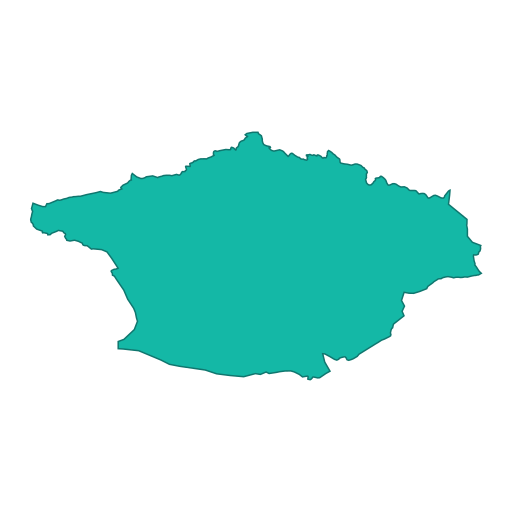 Vidra, Alba, Romania
{"feature_id": "2599482B12532638103294", "entity_name": "Vidra", "entity_type": "district", "adm_level": 2, "iso_a3": "ROU", "parent_name": "Romania", "parent_adm1": "Alba", "projection": "robinson", "projection_center": [22.929, 46.365], "detail": "fine", "context": "isolated", "style": "filled", "palette": "teal", "viewbox_px": 512, "rotation_deg": 0, "n_neighbors": 0, "source": "geoboundaries", "source_scale": "gbopen_adm2", "svg_char_len": 6064}
<svg xmlns="http://www.w3.org/2000/svg" viewBox="0 0 512 512"><path d="M269.1,373.5L276.3,372.4L279.6,371.7L284.9,371.0L290.8,370.9L294.2,371.9L299.3,374.4L302.5,376.9L306.6,376.2L307.3,376.1L307.9,376.3L308.2,376.9L307.9,378.1L307.9,379.2L310.2,379.7L311.2,379.1L312.2,378.0L312.7,377.2L313.4,377.0L314.6,377.2L317.7,377.9L319.7,377.7L326.0,373.4L330.0,371.2L324.7,362.0L322.7,353.7L324.8,353.9L329.9,356.6L334.4,359.3L336.8,360.1L338.8,359.2L339.3,358.3L341.3,357.5L344.4,356.8L345.2,356.9L346.1,357.8L346.5,358.8L347.1,359.8L348.7,360.3L351.1,359.6L353.3,358.7L357.2,356.4L359.0,354.2L375.2,344.1L378.1,342.4L381.5,340.2L384.6,339.0L389.6,336.5L390.6,335.8L390.9,334.4L390.4,333.0L391.0,330.2L391.8,328.3L392.5,328.0L392.7,327.5L393.2,325.0L393.6,324.0L404.0,315.8L402.1,311.3L404.5,306.1L401.5,300.5L404.1,292.3L409.1,293.2L413.7,293.3L419.6,291.5L426.7,288.7L427.8,286.4L432.9,282.7L433.9,281.7L438.5,278.8L441.1,278.7L442.7,277.7L445.8,276.9L448.0,276.6L451.6,277.2L453.5,277.8L454.6,277.6L455.6,277.3L458.2,277.2L460.5,277.5L462.4,277.4L464.8,276.9L467.5,277.1L471.6,276.0L474.3,275.5L476.0,275.4L476.9,275.1L478.6,274.9L481.3,273.3L479.3,271.4L477.9,269.4L476.6,267.3L475.6,265.9L474.9,265.2L475.0,263.6L474.1,260.9L473.4,256.2L473.6,254.9L475.9,255.0L476.8,254.8L478.3,254.1L478.5,253.4L478.7,252.2L479.9,251.1L480.4,249.6L480.6,248.6L480.4,246.4L480.8,245.5L472.4,242.3L467.4,236.3L467.4,229.1L466.6,224.9L466.9,224.2L467.0,219.4L448.5,204.3L449.6,195.2L450.0,190.2L449.5,190.4L448.4,191.2L445.3,195.1L444.7,195.9L444.3,197.3L443.6,198.0L442.4,198.1L440.9,197.8L437.4,196.0L435.5,195.3L435.0,195.3L433.7,195.5L429.7,197.9L428.6,198.1L427.9,197.8L425.8,194.7L424.3,193.6L422.9,193.4L420.9,193.5L419.6,193.9L418.9,193.9L418.3,193.3L416.1,190.9L415.4,190.6L414.6,190.5L410.3,190.5L409.4,190.3L407.1,188.0L404.4,186.8L400.9,187.0L398.5,185.9L396.1,184.2L394.5,183.7L392.8,183.7L391.8,184.1L390.2,184.9L388.8,185.2L387.9,184.8L386.7,182.8L386.4,181.8L385.8,180.3L384.9,179.1L383.3,177.6L382.2,176.9L381.8,176.5L380.9,176.2L380.1,176.6L379.7,177.5L378.1,177.9L376.0,178.1L375.3,178.7L375.6,179.7L375.4,180.1L375.0,180.7L373.9,181.6L373.4,182.4L373.1,183.0L372.0,183.9L371.6,184.6L370.3,185.0L369.4,185.0L368.5,184.8L367.7,184.2L366.7,183.2L366.4,182.4L365.6,179.5L365.7,178.9L366.1,178.5L366.5,177.4L366.3,176.3L366.4,175.9L366.4,173.8L367.1,172.9L367.3,172.4L366.8,170.7L364.7,168.9L364.2,167.9L363.7,167.8L362.7,167.2L361.0,165.5L357.3,164.1L355.6,164.0L354.8,164.1L352.5,164.9L351.2,165.2L347.7,164.3L344.3,163.9L340.8,163.1L340.1,162.3L339.8,159.6L339.5,159.0L336.7,157.0L334.8,154.9L333.3,154.0L331.8,152.5L330.4,151.5L328.6,150.5L327.5,151.7L327.4,152.8L327.2,153.7L327.3,155.0L327.1,155.4L326.7,155.8L326.7,156.6L326.0,157.8L325.3,157.8L324.0,157.5L323.7,157.9L323.0,158.1L322.4,157.9L320.9,156.3L318.8,155.2L317.9,154.9L317.2,155.1L316.9,155.9L316.5,155.9L313.9,154.8L313.3,155.0L313.0,155.4L311.6,155.2L310.1,154.5L309.6,154.5L308.8,154.8L306.7,154.9L306.4,155.1L306.5,155.9L307.8,156.4L307.5,156.8L307.2,157.8L307.2,158.5L307.6,159.1L306.7,160.2L304.2,159.6L303.5,159.1L301.8,159.2L300.6,158.7L299.4,157.5L298.8,157.3L298.1,157.3L297.1,156.8L296.8,156.5L294.9,155.4L292.4,153.4L291.7,153.3L291.2,153.3L290.1,154.1L288.8,155.8L288.1,156.4L284.7,153.0L283.5,151.6L282.4,150.9L279.7,149.8L273.9,151.1L271.5,150.4L270.3,149.4L269.1,148.0L270.4,147.5L270.0,146.6L266.7,145.9L264.3,144.9L263.6,144.3L262.8,142.8L262.3,140.8L262.3,139.1L261.4,135.8L260.1,134.8L258.5,133.7L258.0,132.3L252.7,132.3L246.8,133.5L245.2,134.8L246.1,135.6L247.5,136.4L247.3,136.7L245.3,138.1L244.2,139.9L243.2,140.5L241.3,141.1L240.5,141.6L240.1,142.0L239.3,142.9L238.5,145.6L238.5,146.0L238.1,146.6L236.4,148.0L236.2,148.6L236.1,149.6L235.8,150.0L235.2,149.7L233.8,148.1L232.4,147.5L231.4,147.3L231.2,147.5L230.8,148.4L230.7,149.3L230.5,149.6L230.2,149.7L228.6,149.7L225.8,149.5L219.6,150.7L218.3,151.1L216.8,151.4L216.2,151.0L215.1,150.8L214.0,151.4L213.7,151.8L213.5,152.4L213.4,154.2L213.9,155.0L214.1,155.3L213.6,155.7L212.5,156.1L211.5,156.8L208.1,158.0L206.8,158.8L206.0,159.0L205.5,158.8L200.6,158.9L198.2,159.5L195.6,161.0L195.3,160.9L194.5,160.9L193.6,161.5L193.5,162.0L193.1,162.3L192.2,162.6L192.0,162.9L190.3,163.3L189.8,163.7L190.0,164.8L190.2,165.6L190.1,166.4L185.9,166.2L185.6,166.7L186.5,169.4L186.4,170.0L185.8,170.5L185.3,170.8L185.0,171.5L183.4,171.7L182.4,171.6L181.8,172.2L181.4,172.8L181.5,173.2L180.0,174.8L179.2,175.2L176.5,174.4L171.8,175.7L169.7,175.3L166.1,175.3L163.3,175.6L162.1,176.2L161.0,176.4L158.5,177.1L157.8,177.6L152.7,175.9L146.2,176.8L145.5,177.4L144.4,177.9L142.9,178.4L141.6,178.5L140.5,178.4L136.7,176.9L132.3,173.5L131.4,175.3L131.1,179.0L131.3,180.0L130.6,180.1L129.0,181.3L127.6,183.0L123.0,185.2L120.8,187.4L121.1,188.1L121.8,188.9L118.5,190.2L117.7,191.3L110.5,193.2L103.2,192.4L100.4,191.5L96.0,192.7L86.7,194.6L80.3,196.3L78.1,196.3L75.6,196.6L73.3,196.7L72.2,197.1L69.2,197.4L66.7,198.4L63.8,199.0L61.0,200.0L59.4,200.3L57.8,199.9L57.1,200.1L56.3,200.6L49.1,203.6L46.9,203.7L45.5,206.6L42.7,206.6L38.2,205.2L33.0,203.2L31.5,208.7L31.9,209.4L32.2,210.6L32.6,211.1L32.6,211.6L31.9,214.0L31.3,217.2L30.9,218.3L30.7,219.8L31.3,222.3L32.1,222.8L33.4,224.8L33.3,225.2L33.4,226.0L36.7,229.1L42.0,231.0L42.4,231.3L42.4,232.6L42.7,232.9L43.9,232.7L47.4,233.5L47.7,233.8L47.8,234.8L50.1,234.7L51.8,233.2L56.7,231.3L58.3,230.4L62.7,231.2L63.2,231.6L63.6,232.6L65.3,233.6L65.6,234.7L64.7,236.4L65.6,238.2L66.3,239.0L66.7,239.8L66.8,240.3L70.0,241.0L74.5,240.2L78.4,241.3L82.3,243.2L82.8,244.7L83.7,245.3L84.7,245.6L87.2,245.7L91.4,249.1L93.1,248.8L101.6,249.6L107.0,251.9L111.8,258.5L118.1,268.2L116.0,269.1L114.1,269.3L111.4,270.6L111.2,271.5L112.3,273.2L112.5,275.2L113.6,275.7L114.5,276.3L116.6,279.6L123.8,290.1L127.7,299.2L133.7,308.3L135.4,312.5L136.5,318.0L137.5,321.3L134.3,329.6L123.9,339.4L118.2,341.5L118.2,348.7L123.2,349.0L138.7,350.7L160.9,360.0L169.4,364.3L179.7,366.3L205.2,370.0L216.6,373.8L230.1,375.5L243.7,376.7L255.4,373.6L260.4,374.4L266.1,372.0L269.1,373.5Z" fill="#14b8a6" stroke="#0f766e" stroke-width="1.5"/></svg>